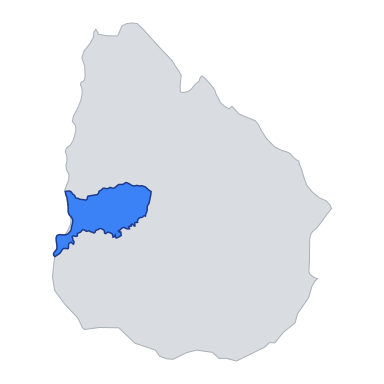 Río Negro highlighted on a map of Uruguay
{"feature_id": "URY-9", "entity_name": "Río Negro", "entity_type": "Department", "adm_level": 1, "iso_a3": "URY", "parent_name": "Uruguay", "parent_adm1": "", "projection": "equal_earth", "projection_center": [-57.526, -32.894], "detail": "fine", "context": "in_parent", "style": "filled", "palette": "blue", "viewbox_px": 384, "rotation_deg": 0, "n_neighbors": 0, "source": "natural_earth", "source_scale": "10m", "svg_char_len": 5126}
<svg xmlns="http://www.w3.org/2000/svg" viewBox="0 0 384 384"><path d="M317.5,278.6L314.9,281.2L312.0,286.1L308.6,297.7L297.5,313.8L295.1,322.8L283.3,332.3L274.9,342.9L269.5,342.6L264.6,347.2L236.5,361.0L226.5,358.4L219.1,358.4L212.3,352.3L196.6,350.1L186.7,352.6L173.4,359.2L169.4,359.1L166.5,358.8L159.4,356.0L155.5,350.1L135.1,343.3L118.7,327.8L99.3,327.5L84.5,329.5L82.2,327.5L80.6,323.5L77.6,317.8L64.7,304.1L54.6,290.4L52.5,277.0L53.9,262.4L56.9,245.1L56.3,239.7L60.1,236.6L63.8,236.0L67.3,231.5L70.5,224.7L71.0,219.6L68.5,210.1L66.8,196.7L64.7,190.1L68.8,179.6L69.0,174.5L66.6,170.0L65.9,165.4L67.0,160.7L66.8,156.1L65.3,151.7L66.4,148.1L70.2,145.2L73.0,140.8L74.8,134.9L75.8,130.4L75.8,127.3L74.7,124.3L72.3,121.5L73.4,116.0L77.9,107.8L80.8,100.4L82.1,94.0L82.0,88.8L80.5,84.9L81.1,82.2L83.9,80.8L85.1,76.7L84.7,66.3L81.8,57.8L84.0,51.0L90.3,43.1L93.6,36.8L93.9,32.0L95.8,29.2L98.8,34.4L107.8,35.8L116.8,36.0L118.3,34.7L121.8,26.1L126.5,23.7L131.6,23.0L137.1,23.5L143.0,29.1L159.7,47.6L171.9,60.4L175.6,66.4L178.8,71.0L181.2,75.2L180.1,86.1L180.3,90.9L180.8,92.2L183.6,92.4L187.8,91.6L191.3,89.2L194.0,85.7L196.7,82.9L198.9,81.4L199.7,79.0L200.9,76.6L202.2,76.1L204.6,77.9L210.3,84.1L214.7,89.9L215.7,93.2L217.4,96.7L219.2,99.7L220.5,102.6L224.7,106.4L229.1,108.8L232.0,106.3L239.3,114.2L255.6,120.9L258.5,124.9L261.3,130.5L266.9,139.1L274.7,146.9L281.0,150.1L287.0,152.0L290.4,153.7L292.7,156.7L296.4,159.8L298.7,161.0L299.4,163.9L301.8,170.1L304.1,178.0L306.8,185.3L312.6,192.3L319.2,197.7L326.0,200.8L329.9,204.7L331.5,208.6L326.7,214.5L321.5,221.9L317.0,227.7L312.3,231.8L310.8,234.6L309.7,238.9L309.4,261.8L308.9,270.4L309.2,272.6L309.8,274.1L312.6,276.4L316.1,278.3L317.5,278.6Z" fill="#d9dde1" stroke="#a8b0b8" stroke-width="1"/><path d="M54.9,256.6L53.8,255.5L53.5,254.2L53.8,252.9L54.6,251.8L56.5,249.7L57.0,248.3L57.1,246.7L56.2,240.7L56.1,237.7L57.0,235.5L59.1,234.6L64.0,234.9L66.2,234.7L68.2,233.6L70.1,231.6L71.0,230.3L71.3,229.1L71.4,227.5L71.7,226.3L72.4,223.6L72.8,220.8L72.4,218.8L71.3,217.1L69.0,214.4L68.5,213.2L68.2,211.9L68.1,210.5L68.2,207.3L68.1,205.7L67.7,204.5L68.1,204.0L67.6,202.2L67.0,197.3L66.4,196.3L66.0,195.2L65.2,191.5L66.8,191.2L69.5,191.0L69.9,191.1L70.5,191.4L70.8,191.6L71.1,191.9L71.2,192.1L71.3,192.1L72.7,194.0L72.9,194.2L73.2,194.4L74.3,195.1L74.5,195.4L74.7,195.6L75.0,196.2L75.3,197.5L75.5,197.8L76.0,198.0L76.6,198.2L77.8,198.3L78.9,198.7L79.5,199.1L80.1,199.3L84.7,199.8L85.0,200.0L85.4,200.1L85.9,200.0L86.6,199.6L87.0,199.2L87.3,198.8L87.4,197.4L87.5,197.0L87.7,196.7L87.8,196.4L88.1,196.1L97.2,194.6L97.7,194.2L97.9,193.9L98.3,193.4L98.5,193.1L98.8,192.1L98.9,191.9L99.1,191.3L99.3,191.0L99.6,190.8L99.9,190.7L101.1,190.2L101.4,190.1L101.8,189.6L102.0,189.3L102.4,188.8L102.9,188.4L103.2,188.2L103.7,188.2L104.4,188.2L106.3,188.6L106.8,188.6L108.2,188.4L109.1,188.0L109.9,187.5L110.2,187.4L110.7,187.4L111.8,188.0L112.3,188.2L112.8,188.2L113.8,188.1L114.3,187.9L114.7,187.7L118.1,184.9L118.7,184.6L119.2,184.5L122.5,184.4L123.2,184.3L123.5,184.1L124.0,183.8L125.0,183.0L125.6,182.6L125.8,182.5L126.4,182.6L127.2,182.8L130.1,184.3L131.7,185.4L133.0,185.8L134.2,185.9L135.3,185.8L136.6,185.4L137.2,185.5L139.2,185.9L139.9,186.0L140.4,185.9L141.1,185.8L141.5,185.7L142.4,185.9L145.3,186.9L145.8,187.3L148.7,190.0L149.4,190.5L151.1,191.5L150.8,194.7L149.2,202.5L148.9,203.6L147.9,205.0L147.4,206.0L147.2,207.3L147.1,208.2L147.3,209.6L146.7,211.9L145.8,214.0L145.4,216.1L144.4,215.7L143.4,216.1L142.8,216.9L141.8,217.4L140.2,217.5L139.3,218.0L138.6,218.7L138.1,219.3L137.5,220.8L137.5,221.3L137.6,222.4L136.9,222.6L135.9,222.4L135.0,222.7L134.7,223.3L134.7,224.0L135.0,225.3L134.8,226.1L134.2,225.9L133.4,225.1L133.1,224.9L132.7,224.5L132.3,224.1L131.8,224.1L131.1,224.6L131.1,225.2L131.4,225.7L131.4,226.1L130.7,226.2L129.5,226.3L128.6,226.6L128.7,227.2L129.5,228.3L129.5,228.8L128.8,228.9L127.6,228.9L126.6,228.7L124.4,227.7L123.5,227.4L122.6,227.7L121.6,228.4L120.7,229.2L120.1,230.0L119.6,230.3L118.7,230.5L118.5,230.8L118.4,231.5L118.8,231.9L119.4,232.0L119.9,231.7L121.0,232.2L120.9,233.1L121.2,235.2L121.2,235.6L120.7,235.8L119.4,236.7L117.0,237.8L116.4,238.0L115.8,237.7L115.5,236.9L115.2,235.1L114.7,236.0L113.8,237.0L113.0,237.2L112.5,234.5L111.8,233.7L110.9,233.1L108.8,232.3L108.2,232.2L107.6,232.2L107.0,232.6L105.9,233.5L105.3,233.6L104.8,233.3L104.5,232.7L104.4,231.8L104.4,231.0L104.2,230.5L103.7,230.0L101.4,228.7L100.3,228.5L99.2,228.8L98.1,229.6L97.7,229.8L96.0,230.3L95.6,230.6L95.1,232.1L94.7,232.7L93.7,232.9L91.7,232.0L90.1,231.6L89.4,230.9L88.8,230.8L88.2,230.9L87.1,231.2L86.4,231.3L85.6,230.9L84.1,229.9L83.2,229.8L82.3,230.1L81.7,230.7L81.1,231.5L80.4,232.2L79.6,232.6L78.0,233.1L77.5,233.6L77.3,234.7L77.4,235.5L77.2,236.1L76.0,236.4L75.2,236.3L74.4,236.0L73.6,235.8L72.8,236.1L72.2,236.6L72.2,237.1L72.8,238.4L72.8,238.9L72.8,239.5L72.8,240.1L73.1,240.5L73.8,241.2L73.9,241.3L74.0,242.4L73.8,243.6L73.3,244.2L72.8,243.7L72.5,243.6L71.6,242.7L71.0,242.2L69.2,243.3L68.7,243.9L68.5,244.6L68.5,247.3L68.3,248.4L67.7,248.7L66.2,248.5L63.7,248.5L62.7,249.1L59.9,253.3L54.9,256.6L54.9,256.6Z" fill="#3b82f6" stroke="#1e3a8a" stroke-width="1.5"/></svg>